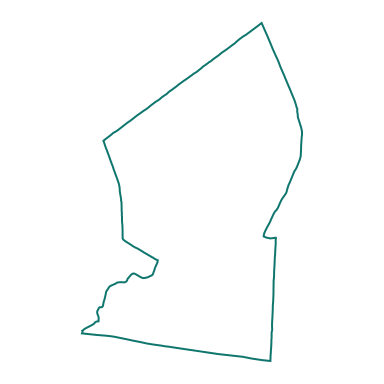 outline of Saphan Sung, Bangkok Metropolis, Thailand
{"feature_id": "78962969B37896231251268", "entity_name": "Saphan Sung", "entity_type": "district", "adm_level": 2, "iso_a3": "THA", "parent_name": "Thailand", "parent_adm1": "Bangkok Metropolis", "projection": "equal_earth", "projection_center": [100.689, 13.765], "detail": "fine", "context": "isolated", "style": "outline", "palette": "teal", "viewbox_px": 384, "rotation_deg": 0, "n_neighbors": 0, "source": "geoboundaries", "source_scale": "gbopen_adm2", "svg_char_len": 5967}
<svg xmlns="http://www.w3.org/2000/svg" viewBox="0 0 384 384"><path d="M82.3,330.7L82.6,331.3L82.3,332.5L82.0,333.4L88.7,334.1L97.2,335.0L106.2,335.7L111.3,336.3L114.7,336.8L128.3,339.6L132.4,340.5L140.6,342.1L145.5,343.2L146.9,343.5L151.9,344.3L153.9,344.6L159.0,345.3L161.3,345.6L164.4,346.2L169.6,346.8L172.7,347.3L178.6,348.2L217.7,354.0L242.8,356.8L252.0,358.6L262.1,360.1L270.4,361.0L270.5,358.7L270.5,356.9L270.6,355.0L270.8,353.1L270.9,350.5L271.1,348.1L271.3,344.7L271.4,342.8L271.4,340.9L271.4,339.6L271.6,337.8L271.6,336.8L271.6,334.5L271.6,333.3L271.7,332.1L271.9,331.6L272.1,330.2L272.2,329.4L272.0,325.3L272.1,322.8L272.2,320.6L272.5,315.6L272.5,314.3L272.6,313.9L272.8,308.0L272.8,305.4L272.9,304.9L273.1,302.3L273.2,300.7L273.2,299.9L273.3,298.9L273.3,298.4L273.4,295.7L273.5,293.0L273.5,289.1L273.6,284.0L273.6,282.8L273.7,282.6L273.6,282.0L273.6,281.0L273.8,279.1L274.0,277.1L274.1,273.7L274.1,271.8L274.4,266.9L274.6,263.1L274.8,257.7L275.1,254.5L275.3,249.7L275.4,248.4L275.5,246.1L275.7,244.7L275.7,243.6L275.7,241.8L275.7,239.6L275.8,238.8L276.0,238.2L275.8,237.7L274.7,237.8L273.2,238.1L271.5,238.3L270.4,238.4L269.5,238.3L269.1,238.1L268.8,238.1L266.3,237.6L265.9,237.4L265.1,237.0L264.7,236.8L263.7,236.5L263.6,236.4L263.7,235.8L264.0,234.2L264.3,233.1L265.5,230.4L265.9,229.8L266.0,229.4L267.4,226.7L268.6,224.6L270.1,221.8L270.9,219.7L271.8,217.8L272.6,216.1L272.8,215.6L273.7,213.8L274.8,211.8L275.8,210.7L276.6,209.9L277.0,209.3L277.3,208.7L277.7,208.2L278.2,207.2L278.5,206.6L278.7,205.9L278.8,205.8L279.5,204.1L281.1,200.6L281.9,199.2L282.4,198.4L283.3,197.2L283.9,196.3L284.6,195.3L285.0,194.8L286.1,193.1L286.3,192.7L286.6,191.7L287.0,190.4L287.4,188.6L287.5,188.4L287.9,187.2L288.4,185.4L288.5,185.1L288.7,184.7L289.0,184.0L289.5,183.1L291.4,178.5L292.2,176.6L292.7,175.2L293.0,174.7L293.4,173.6L293.9,172.3L294.4,171.3L295.7,169.3L296.1,168.6L296.6,167.6L297.1,166.5L297.4,165.7L297.5,165.4L299.1,161.4L299.7,159.8L300.3,157.8L300.8,155.4L300.8,153.9L301.0,150.9L301.1,148.0L301.1,146.1L301.7,137.0L301.8,136.5L302.0,134.8L302.0,132.0L301.7,129.9L301.2,128.0L301.1,127.5L301.1,127.4L301.0,126.8L300.3,125.0L300.2,124.6L298.7,119.7L298.2,118.3L297.8,116.9L297.8,115.6L297.7,114.2L297.4,112.7L297.3,112.2L297.3,111.8L297.2,111.3L297.2,109.9L297.3,108.6L296.6,107.4L296.0,104.9L294.5,100.3L292.3,95.0L289.8,88.9L285.5,78.8L284.2,75.5L283.5,74.0L282.7,72.1L281.8,70.1L281.7,69.8L280.5,67.1L280.0,65.8L279.5,64.4L279.2,63.7L278.6,62.0L277.9,60.3L277.1,58.6L276.6,57.5L276.2,56.7L273.8,51.4L272.2,47.7L271.3,45.4L267.7,36.8L261.6,23.0L260.3,24.0L257.3,26.4L256.8,26.7L245.8,34.9L243.7,36.1L242.3,37.0L241.3,37.9L240.3,38.5L239.6,39.1L238.0,40.4L236.1,42.0L235.1,43.1L233.0,44.6L231.5,45.7L229.7,47.1L226.2,49.7L223.7,51.4L223.4,51.6L222.0,52.5L218.5,55.4L216.0,57.2L214.4,58.3L212.1,60.1L210.7,61.3L208.9,62.3L207.9,63.2L206.4,64.2L205.5,65.0L204.1,65.8L203.5,66.2L203.2,66.4L203.0,66.6L202.2,67.4L201.9,67.6L201.4,68.1L200.9,68.5L200.7,68.8L199.2,69.8L198.9,70.2L198.6,70.4L196.4,72.1L193.4,73.9L191.8,75.2L190.8,75.9L189.6,76.8L188.3,77.7L186.5,79.0L183.8,80.8L179.0,84.3L176.3,86.5L175.4,87.2L175.0,87.5L174.7,87.7L173.4,88.6L172.4,89.4L171.9,89.8L170.8,90.5L169.1,91.7L167.8,92.9L167.6,93.1L167.0,93.7L166.3,94.3L165.7,94.6L164.2,95.6L161.8,97.3L159.8,99.1L157.9,100.5L156.7,101.1L155.6,101.9L155.4,102.0L151.8,104.7L149.8,106.3L148.9,107.1L148.5,107.4L147.5,108.2L146.7,108.8L146.0,109.3L143.5,110.9L136.5,115.9L130.0,121.0L129.7,121.2L129.3,121.4L127.4,122.7L117.7,130.3L117.4,130.5L115.5,131.7L113.3,132.9L111.8,134.2L110.0,135.7L106.7,138.2L104.6,139.8L103.4,140.9L103.8,141.8L104.0,142.2L104.9,145.1L105.5,146.7L105.9,148.1L106.9,150.3L107.7,152.6L109.3,156.9L110.8,161.3L111.9,164.2L112.7,166.2L113.6,169.1L117.3,179.2L118.8,183.6L119.2,185.3L119.3,185.8L119.6,187.7L119.8,191.4L120.4,195.1L120.7,196.5L120.8,197.5L121.0,198.7L121.1,199.0L121.1,199.4L121.1,200.1L121.1,200.5L121.1,200.9L121.2,201.1L121.4,201.5L121.5,202.6L121.6,206.2L121.6,206.5L121.7,210.8L121.7,211.3L121.7,211.8L121.8,212.3L121.9,212.7L121.9,213.1L121.9,213.8L121.8,214.3L121.8,214.6L121.8,215.4L121.9,216.2L122.0,216.7L122.0,219.2L122.0,220.8L122.1,222.4L122.2,223.4L122.4,225.2L122.6,231.0L122.6,233.4L122.6,236.0L122.6,238.1L122.7,238.4L122.7,238.5L122.8,238.9L123.1,239.3L123.3,239.6L125.1,241.1L127.8,242.8L131.3,245.0L132.5,245.9L133.3,246.4L133.6,246.5L134.0,246.8L134.9,247.3L135.7,247.7L137.1,248.3L138.4,249.0L140.3,250.2L143.0,251.8L143.6,252.3L145.6,253.4L148.3,255.0L150.6,256.3L150.9,256.6L152.1,257.2L152.9,257.6L153.6,258.1L154.7,258.8L156.0,259.5L157.5,260.2L157.8,260.3L157.4,262.5L156.8,263.9L155.9,265.9L155.1,267.6L154.6,269.1L154.4,270.2L153.5,272.4L153.0,273.9L152.5,274.7L152.0,275.2L150.7,275.9L149.5,276.4L148.5,277.0L147.3,277.4L146.6,277.6L146.0,277.6L145.8,277.6L145.5,277.7L145.1,278.0L144.7,278.0L143.0,278.1L142.4,277.9L140.6,277.1L139.7,276.6L138.3,275.7L136.7,274.8L136.1,274.4L135.2,274.0L134.7,273.7L134.1,273.6L133.8,273.5L133.6,273.6L133.2,273.6L132.5,273.7L131.8,274.2L131.1,274.8L130.9,275.0L130.6,275.3L128.8,277.5L127.9,278.5L127.7,278.7L127.6,278.8L127.4,279.5L127.1,280.4L126.4,281.4L125.8,281.8L125.0,282.2L124.7,282.3L124.1,282.3L123.5,282.3L121.4,282.2L119.8,282.2L118.2,282.4L116.8,282.7L116.1,283.3L115.8,283.5L115.1,283.9L113.6,284.5L110.3,286.0L109.9,286.3L109.5,286.6L108.7,287.7L108.5,288.1L108.4,288.2L107.7,289.4L107.1,290.1L106.6,291.0L106.2,291.7L106.0,292.3L105.7,294.2L105.3,296.1L105.0,297.3L104.4,299.7L103.7,301.9L103.5,302.8L103.2,304.6L103.1,305.0L103.0,305.6L102.9,306.0L102.4,306.7L101.9,307.1L101.6,307.2L99.7,307.3L99.4,307.4L99.2,307.6L98.8,308.2L97.5,310.7L97.3,311.1L97.2,311.8L97.2,312.7L97.3,313.4L97.5,314.2L97.9,315.1L98.2,316.0L98.5,317.0L98.7,318.1L98.5,321.3L98.2,321.3L97.6,321.4L96.7,321.5L96.3,321.7L95.8,321.9L95.4,322.1L95.0,322.5L94.5,323.1L94.0,323.7L92.7,324.6L92.0,325.0L90.3,325.9L84.7,328.8L82.9,330.4L82.3,330.7Z" fill="none" stroke="#0f766e" stroke-width="2"/></svg>